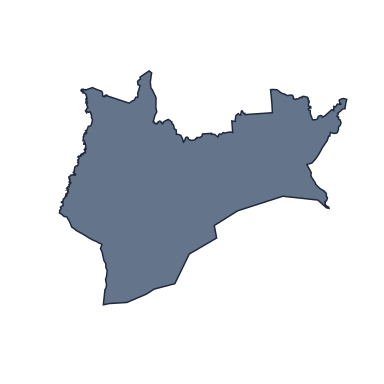 outline of Šēderes pag., Ilukstes, Latvia, rotated 287°
{"feature_id": "27541924B25331011014428", "entity_name": "Šēderes pag.", "entity_type": "district", "adm_level": 2, "iso_a3": "LVA", "parent_name": "Latvia", "parent_adm1": "Ilukstes", "projection": "mercator", "projection_center": [26.237, 55.885], "detail": "fine", "context": "isolated", "style": "filled", "palette": "slate", "viewbox_px": 384, "rotation_deg": 287, "n_neighbors": 0, "source": "geoboundaries", "source_scale": "gbopen_adm2", "svg_char_len": 5897}
<svg xmlns="http://www.w3.org/2000/svg" viewBox="0 0 384 384"><g transform="rotate(287 192 192)"><path d="M58.2,140.2L61.1,145.4L67.3,162.0L81.2,178.4L88.1,184.2L99.3,202.4L131.9,207.5L155.2,229.0L166.5,223.1L187.4,241.2L214.5,280.1L221.1,314.7L216.2,325.2L216.4,327.8L217.4,327.2L217.6,326.7L217.4,326.4L218.1,324.6L218.8,323.2L219.5,322.6L220.4,322.8L221.3,322.0L223.0,323.2L225.7,323.3L226.4,323.0L227.1,321.7L229.5,321.1L230.8,319.7L231.0,318.2L231.6,318.0L232.8,313.1L235.6,307.9L236.6,307.4L241.5,301.6L242.9,300.8L245.5,300.3L251.9,293.8L254.8,298.2L260.4,300.8L265.6,302.3L272.9,303.8L280.7,306.3L285.3,306.3L285.7,307.4L289.3,306.9L289.6,311.0L290.4,312.8L291.7,313.6L295.0,313.8L295.9,313.2L297.2,313.3L299.3,314.3L301.9,314.2L304.2,312.6L304.5,310.9L306.6,310.3L306.6,308.5L309.5,309.0L309.9,308.3L312.7,310.3L315.5,311.8L316.3,314.0L321.7,313.1L325.8,312.9L325.7,309.6L324.9,307.9L322.8,305.9L320.3,307.3L319.7,308.8L319.1,308.6L318.6,305.3L315.4,304.4L315.3,302.6L311.3,303.7L311.6,301.6L303.8,296.9L301.6,294.8L302.8,293.8L302.8,292.7L301.3,290.7L298.6,290.6L297.3,289.2L296.3,286.2L301.5,282.2L304.6,281.3L304.5,279.7L305.4,278.9L306.4,279.4L307.0,281.1L307.5,280.9L308.3,280.6L308.0,279.4L308.5,279.3L308.4,278.4L309.4,277.7L312.4,277.8L312.5,276.9L313.6,277.1L314.4,275.8L315.5,275.8L316.3,274.8L316.2,271.0L315.5,269.5L314.4,269.6L314.2,267.9L311.6,265.7L311.6,264.5L310.8,263.6L310.7,261.7L311.9,261.6L313.7,260.1L313.9,259.2L313.2,257.1L312.2,255.5L312.1,255.0L312.8,251.1L312.6,249.9L312.8,248.4L314.6,243.4L313.8,239.7L312.9,237.2L299.1,242.9L291.3,245.7L281.5,220.0L282.6,219.6L282.3,218.6L284.3,216.1L283.8,215.6L279.8,216.0L279.8,214.8L280.5,213.3L278.1,211.7L274.4,212.1L272.2,212.8L271.6,209.3L260.8,213.5L260.8,212.3L260.4,210.7L259.4,208.5L258.2,206.6L257.9,205.2L258.0,204.4L255.7,203.3L255.6,201.3L254.4,200.8L252.3,200.7L252.9,198.6L253.7,196.9L253.4,195.1L252.8,193.8L253.8,193.5L250.6,185.1L247.8,185.1L247.3,184.3L246.4,183.8L246.4,183.2L246.1,182.9L246.2,182.6L245.8,181.9L245.6,180.8L244.7,180.9L244.2,179.9L243.2,179.9L242.3,179.0L241.0,175.7L241.3,175.1L241.1,174.5L241.4,173.5L242.6,172.1L242.8,172.2L243.1,171.4L242.4,170.2L240.7,169.9L239.6,170.2L239.1,169.7L237.1,169.4L237.6,168.7L240.2,167.4L242.9,164.7L243.1,162.2L242.6,160.3L246.9,158.6L247.2,156.7L250.4,154.9L251.3,153.9L251.5,152.9L253.0,152.3L254.4,148.5L254.4,148.0L253.9,147.6L253.9,147.3L253.0,146.7L252.5,145.9L250.5,144.1L249.5,144.3L248.7,144.0L248.6,143.3L249.6,142.5L249.8,141.7L250.3,141.5L250.4,140.5L249.5,139.4L248.7,139.4L248.7,139.1L247.4,138.8L247.5,138.7L247.2,138.4L247.3,138.0L246.7,137.7L246.8,137.1L246.5,136.7L246.7,136.3L247.0,136.4L247.1,135.7L247.4,135.2L247.8,135.2L247.6,134.7L247.8,134.3L254.8,134.2L258.3,134.9L262.0,132.8L271.7,130.0L278.4,123.9L279.2,122.4L284.9,120.0L292.8,118.7L294.0,118.7L295.3,115.6L286.7,108.7L284.7,109.7L283.3,108.3L281.9,107.6L278.7,109.0L278.6,111.2L270.5,111.2L267.8,112.4L266.4,112.1L266.4,110.8L265.8,110.5L262.8,109.9L261.8,108.4L258.6,106.0L259.1,83.4L259.6,82.8L259.3,82.2L259.7,81.6L259.2,81.1L259.2,81.5L258.9,81.6L258.9,81.0L258.2,81.1L257.6,80.6L257.5,80.3L258.0,80.1L257.3,79.0L257.7,78.5L260.7,77.4L261.9,76.3L262.1,72.0L262.5,67.9L262.8,66.4L258.4,60.3L258.7,60.1L258.2,58.2L258.5,58.0L257.9,56.4L257.6,56.3L257.3,56.9L257.0,56.3L256.6,56.2L256.4,56.8L255.8,57.0L255.8,57.5L257.1,58.0L255.2,58.8L255.7,59.1L255.3,59.6L254.7,59.3L255.2,59.9L255.2,60.4L254.8,60.9L254.5,62.2L254.0,62.6L253.4,62.5L251.7,63.8L250.6,63.5L250.7,64.3L250.4,64.5L249.7,63.7L249.5,64.1L248.6,64.0L247.8,64.4L248.1,64.9L248.0,65.3L247.3,64.7L247.4,64.3L247.0,64.2L246.6,64.8L246.3,64.7L246.5,65.3L246.1,66.1L245.1,65.6L243.0,67.0L242.9,67.4L242.5,67.8L242.1,67.8L241.4,67.1L239.4,66.9L238.8,66.3L238.4,66.5L236.9,68.1L238.1,68.5L238.2,68.9L238.0,69.4L238.0,70.0L239.0,71.1L238.3,71.8L237.1,72.4L236.9,73.1L233.6,74.2L232.1,75.7L231.2,75.9L226.3,76.0L225.5,75.6L224.5,73.7L220.4,73.4L219.9,73.2L219.5,72.4L218.2,73.7L217.0,73.9L216.7,73.5L217.6,73.3L217.8,73.0L217.5,72.4L215.2,71.8L214.0,72.3L213.1,71.8L212.0,72.4L209.1,72.8L209.3,74.2L208.2,74.8L207.5,74.3L206.1,74.5L206.4,75.5L206.9,75.8L204.0,77.4L203.2,77.6L202.7,77.0L202.1,77.9L201.9,77.3L201.3,77.7L200.9,76.7L200.6,76.9L200.6,77.4L200.2,77.9L198.5,78.6L198.2,78.2L198.7,77.7L197.7,77.2L197.5,76.7L197.0,76.4L196.9,77.0L196.1,76.8L196.4,76.4L196.3,75.7L196.0,75.8L195.4,74.8L194.5,74.6L194.3,75.4L193.7,75.3L193.1,73.1L192.2,72.6L192.0,72.8L192.2,73.6L191.3,74.0L189.5,74.0L189.6,73.5L189.1,73.4L187.9,74.5L187.0,74.0L186.4,75.0L185.8,75.0L183.6,74.9L183.3,74.6L183.1,73.6L181.6,72.7L179.8,72.8L178.8,73.3L177.7,72.9L177.0,73.3L175.8,72.8L175.8,73.8L175.0,74.0L175.2,75.0L175.1,75.3L174.4,75.6L173.7,74.7L173.7,73.6L173.9,73.5L173.1,72.4L172.9,71.3L172.3,71.3L170.4,69.8L169.5,70.1L168.9,71.5L168.2,71.0L166.7,72.2L165.8,71.6L165.3,72.0L165.7,72.8L165.3,73.4L165.0,73.0L164.4,73.2L163.3,72.1L162.7,72.7L161.1,72.8L161.3,72.2L159.4,71.3L159.6,71.9L158.7,71.8L158.2,72.8L157.6,72.2L157.7,72.6L156.9,72.8L156.8,73.1L156.1,73.1L156.2,73.4L155.9,73.6L154.9,73.5L154.5,73.1L154.0,73.3L153.9,73.1L154.2,72.8L153.8,72.6L153.2,72.9L153.3,72.1L152.9,72.0L152.5,72.2L152.7,72.5L152.5,72.9L152.1,72.6L151.5,73.2L150.7,72.6L150.9,72.2L148.9,72.0L148.3,71.5L148.6,71.1L147.8,71.5L147.3,71.0L146.9,71.3L145.3,71.4L145.1,70.8L144.1,70.0L143.9,70.3L144.2,70.4L144.2,71.5L141.5,72.8L141.3,72.6L141.4,72.3L140.9,72.2L140.0,71.1L138.8,70.7L138.4,71.5L137.8,71.7L135.6,70.8L134.1,71.5L133.2,71.3L132.5,74.1L131.2,76.9L131.6,79.5L127.6,83.8L123.3,87.2L122.0,91.3L121.4,92.1L119.9,99.6L117.7,107.9L116.9,112.5L116.8,114.8L116.0,117.8L115.8,120.7L115.6,121.0L114.9,121.4L114.1,121.0L112.7,121.2L111.1,121.0L108.4,123.5L100.9,127.7L98.1,130.6L94.4,131.8L93.3,133.0L91.8,133.9L86.6,134.9L83.0,134.9L78.5,137.3L77.3,137.5L74.9,137.8L73.2,137.3L58.2,140.2Z" fill="#64748b" stroke="#1e293b" stroke-width="1.5"/></g></svg>